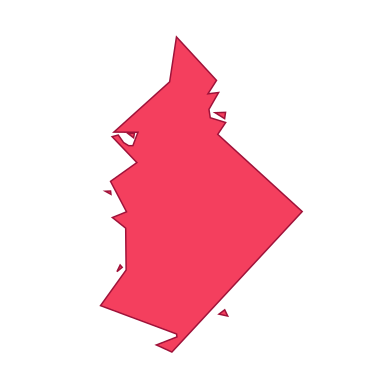 an SVG outline of Greenland, rotated 172°
{"feature_id": "GRL", "entity_name": "Greenland", "entity_type": "country or territory", "adm_level": 0, "iso_a3": "GRL", "parent_name": "North America", "parent_adm1": "", "projection": "mercator", "projection_center": [-41.68, 71.708], "detail": "coarse", "context": "isolated", "style": "filled", "palette": "rose", "viewbox_px": 384, "rotation_deg": 172, "n_neighbors": 0, "source": "natural_earth", "source_scale": "50m", "svg_char_len": 753}
<svg xmlns="http://www.w3.org/2000/svg" viewBox="0 0 384 384"><g transform="rotate(172 192 192)"><path d="M234.2,36.3L248.6,45.5L227.1,50.6L227.0,53.5L298.4,92.2L268.1,123.9L262.7,165.4L274.4,177.8L259.6,181.5L271.2,213.9L242.5,228.8L263.4,257.9L257.1,258.7L252.9,250.5L248.3,246.7L244.1,246.1L237.2,258.7L261.0,262.2L198.8,304.2L185.8,347.7L152.2,299.1L162.6,287.0L151.8,286.8L163.7,271.5L163.6,263.0L149.0,256.1L158.5,245.5L85.6,157.3L234.2,36.3ZM149.5,260.1L158.1,267.3L147.7,266.2L149.5,260.1ZM242.3,253.8L247.1,258.7L240.8,258.3L242.3,253.8ZM182.3,67.3L176.0,70.8L173.9,64.2L182.3,67.3ZM277.4,123.6L273.3,129.7L271.6,127.1L277.4,123.6ZM272.6,201.0L277.7,204.8L272.5,204.3L272.6,201.0Z" fill="#f43f5e" stroke="#9f1239" stroke-width="1.5"/></g></svg>